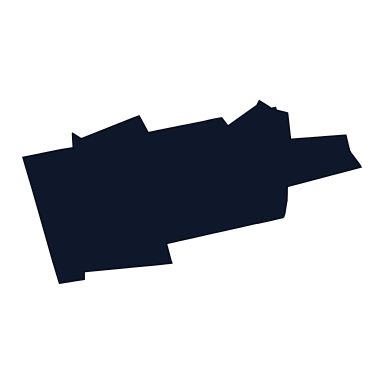 Tomnatic, Timis, Romania
{"feature_id": "2599482B78622913226353", "entity_name": "Tomnatic", "entity_type": "district", "adm_level": 2, "iso_a3": "ROU", "parent_name": "Romania", "parent_adm1": "Timis", "projection": "robinson", "projection_center": [20.694, 45.986], "detail": "fine", "context": "isolated", "style": "filled", "palette": "ink", "viewbox_px": 384, "rotation_deg": 0, "n_neighbors": 0, "source": "geoboundaries", "source_scale": "gbopen_adm2", "svg_char_len": 1959}
<svg xmlns="http://www.w3.org/2000/svg" viewBox="0 0 384 384"><path d="M282.5,217.6L282.5,217.4L283.6,216.9L283.9,216.1L284.0,215.6L284.6,214.0L284.9,212.5L285.4,209.4L285.9,206.1L286.4,203.0L286.9,200.6L286.9,200.1L287.0,196.5L287.1,192.9L287.1,190.2L287.2,186.5L288.4,186.1L294.3,184.6L300.9,182.9L307.3,181.2L313.2,179.6L315.6,179.0L318.7,178.2L321.4,177.4L324.1,176.7L327.6,175.8L331.7,174.7L336.0,173.6L339.8,172.6L343.4,171.7L351.6,169.5L358.9,167.6L361.0,167.0L360.3,165.8L359.6,164.6L354.8,158.2L350.5,152.5L350.3,151.9L350.1,151.7L349.6,151.4L349.3,149.8L349.2,149.3L347.7,143.2L345.8,135.2L332.6,136.2L325.8,136.7L324.2,136.8L322.3,137.0L307.9,138.1L297.7,138.8L290.5,139.4L289.4,130.0L288.8,124.5L288.3,119.7L287.5,113.0L284.9,112.3L276.2,110.2L275.5,107.6L272.2,108.2L270.7,108.5L270.4,108.4L270.2,108.2L270.1,107.9L270.0,107.4L259.3,100.8L256.9,105.5L246.3,113.0L227.9,126.1L223.7,120.6L221.7,117.9L212.7,119.5L208.7,120.4L204.2,121.5L197.3,122.9L184.7,125.4L184.4,125.4L157.5,130.8L153.8,131.6L150.8,132.2L148.1,132.7L139.1,116.0L133.6,118.0L104.2,129.7L81.3,138.8L72.6,133.4L72.5,133.7L73.3,147.8L61.2,149.7L23.0,157.4L32.1,188.1L39.0,212.3L52.2,258.9L56.9,274.7L59.5,283.2L63.4,282.6L64.8,282.3L68.3,281.8L70.7,281.4L75.5,280.6L81.6,279.7L84.2,279.3L84.2,278.5L84.2,276.9L84.1,271.6L138.9,266.3L140.3,266.2L142.5,266.0L148.0,265.5L151.6,265.2L156.2,264.7L159.2,264.4L164.1,263.9L165.4,263.7L169.4,263.3L171.8,263.1L171.8,262.9L171.1,261.4L169.6,255.7L168.5,251.6L167.1,246.3L166.4,243.5L172.9,242.0L175.4,241.5L177.7,240.9L180.9,240.2L183.2,239.7L184.3,239.4L187.8,238.7L193.6,237.4L199.2,236.1L202.4,235.4L206.6,234.4L207.5,234.2L210.3,233.6L213.5,232.8L216.0,232.3L221.1,231.2L224.7,230.4L227.4,229.8L234.4,228.2L241.0,226.8L241.6,226.6L248.6,225.0L253.9,223.8L256.7,223.2L257.7,223.2L261.5,222.3L264.0,221.8L267.5,221.0L269.5,220.6L271.6,220.1L275.4,219.2L279.1,218.3L282.5,217.6Z" fill="#0f172a" stroke="#020617" stroke-width="1.5"/></svg>